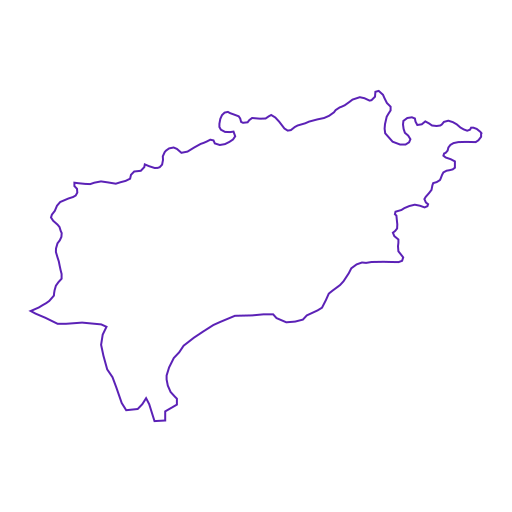 the district of Yelʹsk, Gomel, Belarus
{"feature_id": "67162791B11100068414031", "entity_name": "Yelʹsk", "entity_type": "district", "adm_level": 2, "iso_a3": "BLR", "parent_name": "Belarus", "parent_adm1": "Gomel", "projection": "robinson", "projection_center": [28.959, 51.665], "detail": "fine", "context": "isolated", "style": "outline", "palette": "violet", "viewbox_px": 512, "rotation_deg": 0, "n_neighbors": 0, "source": "geoboundaries", "source_scale": "gbopen_adm2", "svg_char_len": 3667}
<svg xmlns="http://www.w3.org/2000/svg" viewBox="0 0 512 512"><path d="M30.7,311.0L35.5,313.6L45.4,317.8L57.6,323.8L66.0,323.8L82.1,322.6L101.2,324.4L106.5,326.8L102.7,334.6L101.1,344.8L103.4,355.6L107.2,369.4L112.5,377.2L116.3,387.4L121.7,403.0L126.2,410.2L137.7,409.0L142.3,404.2L146.1,398.2L149.2,404.2L152.2,413.8L154.5,421.1L165.2,420.5L165.2,411.4L176.9,404.6L176.9,398.7L174.7,396.5L170.6,392.0L167.8,385.6L166.6,379.5L166.6,375.5L169.1,367.4L173.8,358.0L179.2,352.3L183.6,345.7L193.9,337.7L203.2,331.5L213.4,325.0L220.3,321.9L234.9,315.8L252.1,315.4L263.8,314.3L273.1,314.3L276.5,318.1L286.3,322.3L295.1,321.6L302.9,319.6L306.8,315.4L317.6,310.4L322.0,307.7L325.9,300.1L328.8,293.6L332.7,290.5L340.0,285.1L343.5,281.3L348.8,273.2L351.3,268.3L356.6,264.4L362.0,262.5L366.1,262.9L371.5,262.0L383.6,261.8L391.5,262.0L398.6,262.1L402.1,260.8L403.2,257.4L400.8,254.3L398.4,251.3L398.0,246.3L398.4,242.8L398.4,239.5L394.3,236.1L392.9,232.7L395.1,231.0L397.1,228.5L397.3,224.4L396.8,219.6L396.4,215.6L394.9,214.2L395.5,211.7L401.4,210.0L404.4,208.1L409.4,206.0L414.8,204.7L419.8,205.7L424.6,207.4L427.4,206.2L428.1,204.2L425.9,202.5L424.4,199.1L425.7,196.9L429.1,193.0L431.5,189.9L432.4,185.3L433.2,183.1L436.7,182.1L439.9,180.1L440.6,178.7L442.1,174.8L443.4,172.4L446.6,170.7L449.5,170.2L452.7,169.4L454.9,167.7L454.9,165.5L454.9,161.4L450.7,159.2L445.7,157.5L443.4,155.7L444.1,153.5L445.7,152.8L447.6,150.6L448.4,147.5L450.4,144.9L453.5,143.1L458.3,142.1L466.2,141.9L475.7,142.1L478.4,140.3L481.1,136.8L481.1,133.1L481.3,133.0L480.3,131.8L476.7,128.9L473.4,127.7L471.1,127.7L470.0,129.7L467.2,130.7L463.7,129.4L460.4,127.5L456.7,124.3L452.8,122.1L448.3,120.7L443.9,121.9L441.8,124.5L440.3,125.5L436.6,126.0L432.0,125.5L429.0,123.4L425.3,121.4L421.8,124.3L417.3,125.0L415.5,121.6L414.9,118.5L411.9,117.3L407.3,118.0L403.4,120.9L403.0,124.5L403.6,128.9L404.9,132.8L408.2,135.6L410.4,139.2L409.1,142.3L405.6,144.5L400.0,144.5L392.6,141.7L388.9,137.5L385.2,133.3L384.6,128.7L385.0,124.1L386.7,116.7L388.4,113.8L390.6,110.4L390.6,106.7L386.9,103.0L384.5,98.2L383.0,94.8L378.7,90.9L375.4,91.8L375.0,96.7L371.5,100.2L369.6,100.6L364.4,98.2L359.8,97.2L352.5,99.6L349.2,102.1L344.7,105.3L341.4,106.8L339.7,107.4L335.6,110.1L334.0,112.3L329.1,115.8L324.1,118.0L317.4,119.4L309.1,121.6L305.2,123.3L297.6,125.5L294.8,127.0L290.9,130.1L287.7,130.6L284.4,128.5L281.8,125.1L279.2,121.7L275.3,117.5L271.2,115.0L268.8,116.3L265.6,118.5L260.1,118.7L252.1,118.0L249.3,120.1L247.6,122.3L243.0,122.8L241.1,121.9L240.2,118.5L238.7,116.3L233.9,114.5L230.0,113.1L227.9,111.9L224.6,112.6L222.0,115.1L220.3,118.9L219.4,123.8L219.4,127.0L220.9,129.7L225.0,131.9L230.2,132.1L233.5,131.6L235.2,136.3L233.0,139.5L229.4,141.9L225.0,144.1L219.8,145.0L214.8,143.4L213.5,140.4L210.3,139.7L206.6,141.6L203.6,142.9L200.7,143.9L194.2,147.5L187.5,151.6L181.4,152.8L176.9,148.9L173.6,147.5L169.1,148.4L166.0,150.6L164.7,152.1L162.8,156.3L163.0,159.9L162.1,164.6L159.7,167.2L157.6,167.9L154.7,168.0L149.1,166.2L144.8,164.4L144.3,167.1L140.8,170.8L134.2,171.5L131.0,174.8L130.1,178.7L125.6,180.9L120.6,182.2L115.8,183.7L107.9,182.4L101.0,181.4L94.3,182.7L90.2,184.1L85.2,183.9L78.2,183.2L74.4,182.7L74.4,186.1L77.0,188.8L77.3,192.6L75.7,195.5L73.1,197.0L68.4,198.5L64.9,200.0L60.2,202.0L57.0,205.7L54.8,210.9L51.9,214.6L51.0,217.5L53.2,220.8L57.6,224.7L59.5,227.0L60.7,230.9L61.7,233.1L61.4,236.9L59.8,240.3L57.5,243.3L56.0,248.5L55.9,252.0L57.5,257.4L58.8,261.4L59.7,265.9L60.6,270.1L61.6,274.0L61.6,278.7L58.4,282.2L55.9,285.7L54.6,290.2L54.1,293.2L53.9,295.6L52.0,297.8L49.2,301.0L46.1,303.2L42.7,305.1L38.8,307.5L32.6,310.2L30.7,311.0L30.7,311.0Z" fill="none" stroke="#5b21b6" stroke-width="2"/></svg>